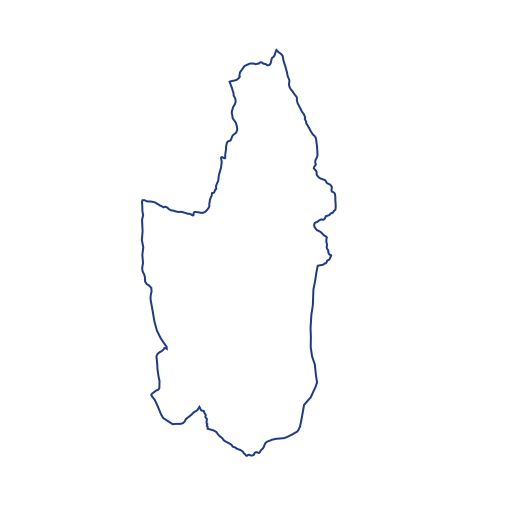 Boyacá, Boyacá, Colombia (Albers equal-area conic projection), rotated 121°
{"feature_id": "7082276B78300809096113", "entity_name": "Boyacá", "entity_type": "district", "adm_level": 2, "iso_a3": "COL", "parent_name": "Colombia", "parent_adm1": "Boyacá", "projection": "albers", "projection_center": [-73.391, 5.44], "detail": "fine", "context": "isolated", "style": "outline", "palette": "blue", "viewbox_px": 512, "rotation_deg": 121, "n_neighbors": 0, "source": "geoboundaries", "source_scale": "gbopen_adm2", "svg_char_len": 6116}
<svg xmlns="http://www.w3.org/2000/svg" viewBox="0 0 512 512"><g transform="rotate(121 256 256)"><path d="M381.5,284.7L381.5,285.4L381.7,286.4L382.1,287.1L382.6,287.0L384.0,287.2L386.3,287.9L387.8,288.9L390.3,289.9L392.6,289.8L393.9,289.3L395.2,288.2L400.1,284.6L403.7,282.2L408.4,278.4L410.3,276.7L412.9,274.3L418.3,271.2L419.5,270.7L420.6,270.9L421.5,271.2L422.1,271.9L422.7,272.2L427.2,274.1L428.3,274.4L429.3,274.0L430.1,272.3L431.5,268.6L435.0,263.4L439.7,257.1L441.0,255.2L442.7,252.0L443.1,240.8L441.3,238.5L439.1,234.7L437.7,233.2L436.9,232.5L434.7,231.9L433.0,232.0L431.7,232.0L430.5,231.6L427.9,230.6L425.5,229.6L422.9,229.1L421.2,228.4L419.4,227.3L418.3,226.9L414.5,226.8L416.2,224.1L416.5,223.5L416.5,223.0L415.8,221.2L415.9,220.5L416.6,220.0L417.2,219.2L418.0,217.3L418.6,216.9L419.7,216.7L420.2,216.3L420.6,215.4L420.8,214.4L421.4,213.9L423.6,213.0L424.5,212.4L425.1,211.8L425.2,211.1L425.9,210.9L426.4,210.9L426.9,210.7L427.1,209.9L427.4,209.3L428.3,209.0L429.0,208.5L427.5,203.2L427.3,201.3L427.3,199.4L428.6,196.3L429.3,193.7L429.3,192.3L429.6,190.9L430.4,189.3L430.7,187.8L430.4,181.2L430.4,179.9L431.4,177.7L431.2,176.5L430.8,175.4L430.9,174.3L431.2,173.6L430.8,172.5L430.7,171.0L430.3,169.7L430.4,167.0L430.6,166.1L431.2,165.2L431.5,164.3L431.5,163.6L431.7,162.8L432.1,162.0L432.1,161.3L431.8,160.8L430.5,160.2L429.9,159.5L429.6,157.5L429.0,156.6L427.9,155.6L426.9,155.4L426.3,155.7L425.5,155.7L424.4,155.2L423.8,154.3L423.6,153.4L423.5,152.3L422.9,151.8L422.0,151.7L420.4,151.7L419.5,151.6L417.4,151.0L415.3,151.0L413.3,151.4L411.7,151.6L409.9,151.1L408.4,150.1L407.2,149.0L405.4,147.8L402.4,144.7L397.8,138.3L395.4,136.3L390.9,133.4L385.4,130.3L383.7,130.0L379.6,130.4L372.8,132.8L358.9,138.1L355.5,137.5L350.5,136.6L349.3,136.3L337.2,137.6L332.8,138.6L327.5,143.1L318.8,149.6L313.1,156.3L305.9,162.2L297.4,167.1L289.7,172.1L278.0,178.2L268.8,182.0L255.0,189.6L246.8,192.5L239.7,195.5L232.6,198.1L228.9,194.0L228.1,193.6L227.5,193.5L226.8,193.2L226.4,192.5L225.1,192.2L223.4,192.6L222.7,192.2L221.9,191.6L220.9,191.3L219.1,191.6L218.4,191.6L216.7,191.9L216.6,192.4L216.9,193.2L216.8,194.0L216.6,194.7L216.0,195.5L214.5,196.6L213.8,197.3L213.2,198.7L212.6,199.5L211.7,200.1L210.5,200.6L209.9,200.8L207.7,202.9L206.3,203.8L204.3,204.7L203.6,204.8L203.3,205.6L203.2,207.2L203.3,208.5L202.4,211.7L202.1,213.5L202.2,215.2L202.5,216.9L202.0,218.6L200.8,221.0L199.9,221.8L198.2,222.6L197.3,222.6L194.8,220.9L193.0,220.2L191.8,219.5L190.9,218.8L190.8,217.9L190.4,217.2L189.6,216.6L188.5,216.3L187.4,216.4L186.0,216.7L185.0,215.7L182.9,214.1L182.2,214.1L181.2,213.9L180.1,213.2L179.3,212.4L178.6,212.5L177.1,212.4L175.6,211.8L174.4,212.2L172.3,213.3L169.3,215.3L167.7,216.5L164.4,218.5L162.3,220.2L161.7,221.0L161.5,222.1L161.6,224.1L161.1,225.0L158.2,226.3L157.4,227.0L156.8,228.7L156.7,230.0L156.9,232.1L156.8,233.1L156.0,234.5L155.6,235.3L155.5,236.3L155.8,238.0L156.3,240.5L156.4,241.9L156.2,243.0L155.9,243.7L155.6,244.8L155.0,245.8L154.9,246.0L153.1,247.1L152.7,247.5L152.3,248.2L152.0,248.4L151.8,249.1L151.3,251.1L151.0,251.7L150.3,251.9L149.6,252.0L148.8,252.0L146.9,251.8L146.5,252.0L145.8,253.0L145.4,253.3L144.7,253.8L143.8,254.2L143.4,254.3L140.5,254.6L138.2,255.0L134.7,257.3L129.9,260.7L126.6,263.4L125.1,264.5L124.8,264.9L123.8,265.7L123.3,267.1L123.0,267.6L122.8,268.1L122.7,269.2L122.5,269.9L120.9,273.3L119.0,276.3L116.2,281.5L115.8,281.8L115.2,282.0L113.3,284.8L112.0,285.1L111.0,286.4L109.8,288.1L108.3,291.6L107.1,293.1L106.2,295.0L105.4,296.0L104.7,297.2L104.2,298.2L103.4,299.2L101.3,301.3L99.5,302.3L98.9,302.9L98.6,303.5L97.4,306.7L96.2,309.2L95.3,311.8L94.4,313.5L93.5,314.7L92.0,316.1L88.8,317.5L88.0,318.1L85.3,321.7L82.4,324.2L81.2,325.6L78.6,328.2L76.9,330.2L74.0,333.4L70.7,336.3L70.3,337.3L69.9,338.7L69.7,341.7L68.9,344.6L70.4,344.4L74.3,343.5L76.2,343.5L77.7,344.2L78.3,344.3L83.3,342.7L84.0,342.7L85.4,343.0L86.2,343.8L86.7,344.6L86.7,345.3L86.5,345.9L86.5,346.5L86.7,347.2L87.1,347.9L87.2,348.5L87.3,349.1L87.2,350.4L87.3,351.5L88.2,352.3L89.6,352.7L89.6,353.0L91.8,355.1L92.1,356.8L93.9,359.9L94.6,360.7L95.6,361.3L99.0,363.7L106.9,364.3L110.2,363.0L110.7,362.7L110.7,362.3L111.1,362.2L112.1,362.3L113.1,362.6L114.2,363.0L115.4,363.6L116.3,364.4L118.7,367.1L120.2,368.4L125.3,362.1L126.2,361.3L128.0,359.1L130.0,357.8L131.3,355.6L132.3,354.3L133.8,353.2L135.0,352.6L137.0,352.3L138.7,352.3L140.3,352.3L142.2,351.7L144.2,351.3L146.1,350.3L148.2,348.2L149.4,347.5L150.3,346.1L152.1,342.0L154.3,339.6L155.5,338.5L156.9,337.4L158.4,336.9L160.4,336.5L162.5,337.3L164.4,338.0L166.1,338.0L167.8,337.6L168.8,337.5L169.6,337.3L170.4,337.5L171.0,338.1L172.4,339.1L173.3,339.2L174.2,339.2L177.9,337.9L178.8,337.3L180.8,336.3L184.9,334.6L187.9,332.9L188.2,332.9L188.5,333.5L188.6,334.0L188.6,335.5L188.7,336.1L189.1,336.5L189.8,336.5L191.6,335.1L192.6,334.1L194.6,333.1L197.0,332.1L198.4,331.4L199.8,331.1L205.6,329.5L207.4,328.8L209.4,327.8L211.6,327.0L213.3,326.9L216.9,326.2L218.7,324.8L219.4,324.7L220.1,325.1L221.4,324.8L222.9,324.7L223.4,324.7L224.0,325.2L224.7,326.1L225.6,325.8L227.2,325.0L227.9,325.0L228.6,325.1L229.4,324.8L230.2,324.6L231.3,324.6L233.3,323.6L235.2,323.0L236.6,322.1L237.9,321.5L239.1,321.4L241.7,321.7L243.4,322.0L245.1,322.8L246.2,323.6L247.4,325.6L247.8,326.6L248.0,327.6L248.7,328.7L249.2,330.3L249.7,331.1L251.0,331.7L252.9,330.8L253.3,330.6L253.8,331.1L253.9,331.6L253.8,334.2L255.0,336.4L255.5,339.0L255.9,340.0L256.1,341.5L256.5,342.6L258.2,345.1L258.7,346.4L259.1,347.7L259.5,349.4L259.7,350.3L260.6,352.2L260.7,354.7L260.2,357.1L260.3,358.0L260.5,359.1L261.9,360.3L261.9,362.8L262.2,364.1L262.0,366.2L262.2,367.8L262.0,369.4L262.2,370.5L262.9,372.8L263.7,374.7L265.0,376.8L265.3,377.8L265.6,380.3L266.6,382.0L268.0,381.7L268.8,381.3L271.3,379.5L276.3,376.3L279.1,373.8L283.7,372.3L293.3,365.9L301.2,362.0L306.6,357.1L313.6,354.0L320.1,349.3L324.9,347.4L327.4,345.5L328.6,343.7L329.3,342.5L331.0,340.6L334.9,338.0L336.4,335.1L336.3,332.8L337.3,329.3L340.3,327.2L342.9,326.4L345.8,325.1L348.0,323.6L356.9,315.8L364.2,309.6L370.9,302.6L375.5,295.5L377.9,290.4L379.9,285.8L381.5,284.7Z" fill="none" stroke="#1e3a8a" stroke-width="2"/></g></svg>